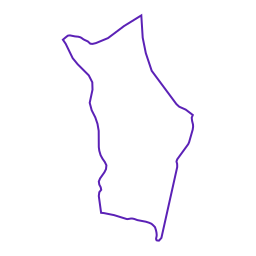 Ntcheu, orthographic projection
{"feature_id": "MWI-1912", "entity_name": "Ntcheu", "entity_type": "District", "adm_level": 1, "iso_a3": "MWI", "parent_name": "Malawi", "parent_adm1": "", "projection": "orthographic", "projection_center": [34.67, -14.815], "detail": "fine", "context": "isolated", "style": "outline", "palette": "violet", "viewbox_px": 256, "rotation_deg": 0, "n_neighbors": 0, "source": "natural_earth", "source_scale": "10m", "svg_char_len": 1136}
<svg xmlns="http://www.w3.org/2000/svg" viewBox="0 0 256 256"><path d="M101.1,212.8L98.8,196.0L99.3,192.2L101.2,189.8L100.7,187.3L99.3,184.6L98.8,181.5L100.1,178.4L104.4,172.3L106.0,169.1L106.4,165.3L104.8,162.0L102.5,158.7L100.6,155.2L99.3,150.8L98.8,147.1L98.7,130.9L97.5,123.9L95.3,117.4L91.7,110.3L89.7,102.8L92.5,89.7L92.3,82.3L88.8,75.4L77.7,64.3L72.7,58.2L65.7,43.8L62.9,39.7L65.5,37.5L67.8,35.7L68.8,35.5L70.0,35.4L75.0,36.4L78.2,36.7L80.1,37.2L81.5,37.9L82.8,38.9L84.3,39.8L87.8,41.4L90.3,43.7L92.5,43.9L95.9,43.1L108.0,38.1L124.1,26.0L141.3,15.4L142.7,37.7L145.8,53.1L151.7,70.8L176.4,104.1L179.2,106.7L185.7,109.6L192.8,115.0L191.7,117.7L192.1,120.9L193.0,124.6L193.1,126.7L192.7,129.6L189.1,142.2L188.2,144.2L177.3,159.2L176.7,160.7L176.5,161.7L177.1,163.7L177.2,165.3L177.2,167.1L161.4,237.9L159.0,240.6L158.0,240.6L156.6,240.3L156.2,239.5L156.1,238.5L156.6,236.2L156.7,235.0L156.5,232.7L156.0,230.3L155.0,227.2L153.3,225.4L151.5,223.8L149.0,222.7L145.8,221.7L137.4,220.1L134.4,219.0L132.7,218.6L131.1,218.5L127.6,219.1L126.6,219.0L114.0,215.1L104.0,213.1L101.1,212.8Z" fill="none" stroke="#5b21b6" stroke-width="2"/></svg>